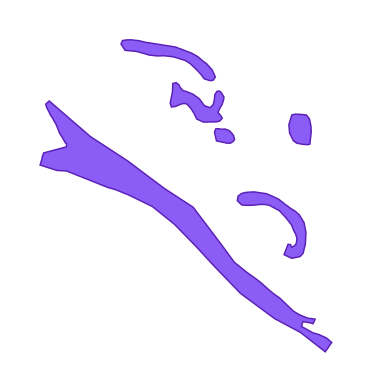 the district of Al-Manasra, Egypt, rotated 186°
{"feature_id": "37247803B61040397145628", "entity_name": "Al-Manasra", "entity_type": "district", "adm_level": 2, "iso_a3": "EGY", "parent_name": "Egypt", "parent_adm1": "", "projection": "natural_earth1", "projection_center": [32.161, 31.286], "detail": "fine", "context": "isolated", "style": "filled", "palette": "violet", "viewbox_px": 384, "rotation_deg": 186, "n_neighbors": 0, "source": "geoboundaries", "source_scale": "gbopen_adm2", "svg_char_len": 2665}
<svg xmlns="http://www.w3.org/2000/svg" viewBox="0 0 384 384"><g transform="rotate(186 192 192)"><path d="M341.4,254.5L337.8,250.1L336.9,248.6L334.6,245.6L331.8,240.5L330.3,237.6L329.6,236.3L328.2,234.6L325.0,230.3L323.0,227.5L321.7,226.9L321.8,223.7L343.6,215.4L343.8,214.9L344.0,213.7L344.7,210.4L344.7,210.1L344.6,209.8L344.6,209.7L344.5,209.4L345.0,207.5L345.9,202.9L328.4,199.3L319.0,199.8L276.6,187.8L268.6,186.4L254.9,182.5L229.9,173.4L206.3,158.2L182.2,138.2L162.8,121.1L133.0,96.1L96.6,74.7L69.3,63.6L42.8,47.0L37.3,56.9L42.7,60.7L50.7,63.5L57.1,64.6L69.0,69.7L68.2,74.7L65.2,74.5L60.2,74.2L58.0,73.6L57.0,75.9L56.3,78.4L59.9,78.6L62.9,78.5L67.3,79.6L72.7,81.3L78.7,84.1L93.7,95.7L99.5,98.9L105.7,103.0L110.6,106.6L116.4,110.6L129.5,118.1L142.6,126.6L156.2,141.6L189.3,177.0L219.4,192.4L237.3,203.0L246.9,208.8L258.7,215.9L298.8,236.5L343.5,267.6L345.5,265.4L346.7,264.0L346.4,263.4L345.9,262.2L345.7,261.5L344.6,259.7L341.5,255.0L341.4,254.7L341.4,254.5ZM93.9,139.3L85.8,136.5L77.9,139.0L75.1,142.7L73.8,152.1L74.5,163.9L77.4,173.3L82.9,180.5L87.1,183.5L92.7,186.3L97.8,189.3L105.2,194.0L110.8,195.9L117.9,198.1L130.3,198.6L135.3,197.8L139.3,197.0L142.7,195.6L145.8,192.7L146.0,188.1L141.2,184.3L134.6,184.6L129.0,185.4L122.8,186.8L117.8,187.2L113.8,186.9L103.3,182.6L96.4,176.7L89.6,169.7L86.5,163.8L84.3,160.6L82.8,156.8L82.8,153.5L83.2,150.8L85.0,148.9L87.1,147.4L88.6,150.0L91.0,150.0L93.9,139.3ZM224.9,324.5L218.9,323.4L212.6,322.1L207.2,319.5L200.1,314.0L195.3,309.8L191.8,305.9L185.6,304.6L182.6,305.4L180.8,308.8L184.7,315.5L190.8,321.0L195.2,323.6L200.3,327.2L206.7,330.0L223.4,334.4L240.8,335.4L253.6,336.0L260.5,336.9L268.7,337.0L272.9,336.4L276.9,335.4L278.1,331.8L273.4,325.9L262.0,326.0L255.3,324.9L248.9,323.7L240.7,323.7L233.9,324.6L224.9,324.5ZM201.5,274.6L197.7,269.7L195.0,265.1L187.8,262.7L180.2,263.7L175.0,264.3L171.8,265.5L169.6,268.6L171.5,271.1L174.5,273.9L172.9,278.7L171.4,281.6L170.2,286.8L170.2,289.8L173.3,294.0L175.3,295.3L177.7,294.7L179.5,291.1L179.4,286.5L180.0,281.3L182.7,277.8L188.6,279.1L194.6,285.6L201.5,289.5L208.3,291.4L211.9,292.1L214.6,294.7L216.2,297.2L219.2,299.1L222.4,297.9L221.9,289.3L223.0,278.2L221.4,274.4L217.2,275.4L213.6,277.5L210.6,278.9L207.8,279.3L205.8,278.6L201.5,274.6ZM97.4,280.2L100.8,279.0L102.7,269.0L101.1,260.8L96.6,253.6L92.8,251.5L87.3,251.0L81.7,251.2L79.7,252.0L79.8,254.5L79.7,263.9L80.5,269.6L82.8,276.9L86.2,280.5L91.0,280.6L97.4,280.2ZM174.9,257.3L175.9,254.0L175.1,251.5L173.0,245.4L162.2,244.2L158.8,244.6L156.0,246.9L155.2,248.8L156.7,252.7L159.1,255.1L161.5,257.0L165.9,258.1L169.1,257.5L172.9,257.7L174.9,257.3Z" fill="#8b5cf6" stroke="#5b21b6" stroke-width="1.5"/></g></svg>